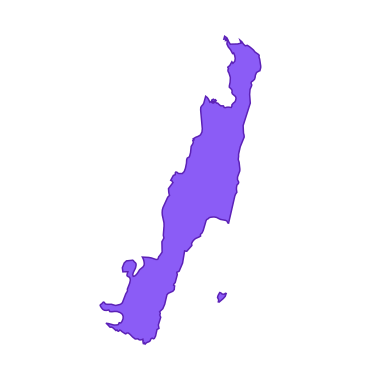 map outline of Kriti (Robinson projection), rotated 285°
{"feature_id": "GRC-2990", "entity_name": "Kriti", "entity_type": "Region", "adm_level": 1, "iso_a3": "GRC", "parent_name": "Greece", "parent_adm1": "", "projection": "robinson", "projection_center": [24.784, 35.251], "detail": "fine", "context": "isolated", "style": "filled", "palette": "violet", "viewbox_px": 384, "rotation_deg": 285, "n_neighbors": 0, "source": "natural_earth", "source_scale": "10m", "svg_char_len": 4932}
<svg xmlns="http://www.w3.org/2000/svg" viewBox="0 0 384 384"><g transform="rotate(285 192 192)"><path d="M350.9,183.2L350.0,185.7L348.3,187.3L346.4,188.8L344.7,190.7L346.8,197.8L348.6,200.9L351.0,199.2L350.0,201.3L348.1,203.5L347.0,205.6L348.0,207.5L347.2,210.0L346.1,212.5L345.0,214.7L343.7,216.3L343.2,217.5L342.0,220.8L341.4,221.5L340.1,221.7L339.0,222.2L338.0,222.9L331.4,225.8L329.8,226.2L326.7,226.2L326.5,225.8L324.8,224.0L324.0,223.4L321.3,223.0L319.0,223.3L317.0,223.2L314.9,221.9L313.9,221.0L313.0,220.8L312.0,221.1L311.1,221.9L310.2,222.1L306.1,221.5L301.2,222.4L292.9,225.3L269.4,224.2L262.2,226.5L260.5,227.5L258.6,228.2L248.3,226.9L240.6,227.2L238.4,227.8L235.6,228.2L234.6,228.7L232.9,229.8L226.5,232.3L224.7,232.7L218.3,232.1L215.8,232.7L215.1,233.2L214.1,234.2L213.4,234.6L212.2,234.6L211.4,234.2L210.8,233.8L209.9,233.6L207.9,233.8L206.2,234.2L203.3,235.4L201.5,234.7L199.3,234.4L171.4,235.4L171.4,234.6L172.9,233.4L173.3,231.8L172.9,226.6L173.2,225.0L173.8,222.4L173.7,220.4L173.4,219.1L172.7,217.2L171.9,215.6L171.0,214.9L170.4,214.6L169.8,213.9L169.1,213.3L167.9,213.0L157.8,212.8L155.1,212.3L153.4,211.2L152.7,211.2L151.7,211.7L150.4,210.5L148.0,207.5L146.5,206.4L144.4,205.4L142.2,204.9L140.3,205.7L133.4,202.3L133.2,200.9L133.2,200.1L120.9,201.3L112.3,200.1L111.8,199.7L111.3,199.1L110.8,198.4L110.7,198.2L110.0,198.2L109.4,198.6L108.9,199.0L108.4,199.2L100.2,199.2L98.3,198.3L97.2,198.3L96.7,199.6L96.3,199.5L93.2,200.1L91.2,199.2L88.0,195.3L86.2,194.4L76.5,194.7L71.7,194.0L67.9,191.7L67.0,192.5L66.3,192.8L65.7,192.8L64.9,192.6L62.9,194.2L54.9,193.9L51.7,195.4L50.1,193.8L43.4,194.1L40.8,193.5L40.2,192.7L40.5,191.5L40.0,190.7L39.2,190.3L37.6,190.1L36.9,189.8L36.0,188.9L35.3,187.8L34.4,186.9L33.0,186.1L33.8,185.2L33.4,185.1L33.1,185.1L33.0,184.9L33.0,184.2L34.6,183.4L35.3,183.2L36.2,183.2L36.3,182.8L36.3,182.5L36.4,182.4L36.9,182.4L36.2,181.4L35.7,180.3L35.6,179.2L36.2,177.7L35.3,175.2L36.6,172.1L38.4,169.1L39.3,167.0L39.1,166.1L38.6,165.2L38.0,164.7L37.8,164.7L37.9,163.8L39.1,160.3L39.8,159.1L39.9,158.0L38.5,157.1L38.5,156.3L39.1,155.6L39.3,155.3L39.1,155.0L38.5,154.4L40.3,150.9L40.7,149.3L40.2,147.8L42.5,144.1L43.0,142.8L43.3,145.5L43.3,151.1L44.0,153.4L44.6,154.8L45.1,155.2L46.0,155.3L46.9,155.5L47.0,156.0L46.9,156.7L47.1,157.1L48.1,157.6L49.1,157.9L51.8,158.2L54.0,157.7L55.8,156.4L56.9,154.0L57.2,150.7L56.6,148.1L55.6,145.6L55.2,143.6L56.5,142.2L55.4,139.8L55.1,137.9L55.6,136.1L56.9,134.3L58.5,132.7L59.5,132.7L60.6,133.7L62.7,134.8L62.7,135.8L61.5,137.2L61.5,138.9L62.7,143.2L62.6,146.7L62.7,147.8L65.0,152.0L67.0,153.4L76.5,154.4L79.7,155.3L81.4,154.7L87.8,155.4L90.6,155.3L91.8,154.9L92.8,154.3L93.5,153.4L93.8,152.0L94.3,150.9L95.5,150.6L98.4,150.7L97.0,145.9L100.8,144.3L105.9,144.9L108.5,146.5L110.8,152.4L110.4,153.4L109.9,153.8L109.0,155.6L108.5,156.3L107.4,156.8L106.3,157.0L103.9,157.1L99.4,156.2L96.9,156.1L95.3,157.1L95.9,158.3L97.8,159.6L99.9,160.5L103.3,161.5L107.0,164.1L108.9,164.7L110.9,164.3L112.9,163.4L114.8,162.2L116.3,160.9L117.6,167.2L117.8,169.8L117.5,174.6L117.8,175.8L118.6,176.5L120.9,176.6L122.0,177.2L126.2,178.7L136.2,175.8L140.3,176.8L142.7,175.5L151.9,173.8L155.0,172.9L162.0,169.3L164.4,168.5L166.9,168.0L169.4,168.0L180.7,169.9L183.0,171.2L184.1,170.4L186.0,169.5L189.2,168.4L196.2,171.2L196.9,170.3L197.3,170.0L197.6,169.6L197.8,168.4L203.2,169.7L204.4,171.3L206.4,170.9L207.1,171.2L207.2,172.1L207.0,172.8L206.6,173.5L206.4,174.4L207.3,177.8L209.8,179.2L213.2,179.5L218.4,179.2L221.7,178.5L223.4,178.6L223.8,178.9L224.4,179.5L225.1,180.2L226.2,180.4L229.6,180.4L235.9,179.4L238.7,180.3L240.4,180.4L242.1,179.4L242.9,180.4L243.7,179.4L245.8,181.4L247.4,183.6L249.3,185.4L252.5,186.1L255.7,185.6L273.5,179.1L275.9,178.6L277.2,178.9L279.6,180.1L281.3,180.4L288.0,180.4L287.2,182.3L285.9,183.9L283.3,186.1L284.1,186.9L283.5,188.2L283.3,189.3L283.8,190.1L284.9,190.7L284.8,188.4L285.4,187.3L286.3,187.5L287.2,188.8L286.6,189.7L286.6,190.2L287.2,190.7L286.5,191.7L286.0,191.3L285.6,191.1L285.0,191.5L284.2,192.6L284.5,193.8L283.6,195.3L282.7,197.3L283.3,200.1L282.0,201.2L282.1,202.4L282.9,203.7L283.4,205.2L283.8,208.0L285.0,208.3L286.6,208.0L288.5,208.9L290.0,210.0L291.4,210.4L293.9,210.3L295.4,209.4L297.3,205.6L298.6,204.7L299.6,204.7L300.2,204.5L301.3,203.7L302.7,201.3L302.9,200.9L304.2,200.6L307.9,200.4L312.1,199.5L312.9,199.2L316.5,196.9L317.5,195.9L318.3,195.4L319.4,195.1L320.2,195.3L320.8,195.2L321.4,194.4L322.2,194.4L323.8,195.7L328.1,196.8L326.9,198.2L329.3,199.5L332.2,199.2L334.9,197.9L337.0,196.3L336.4,196.0L336.4,195.9L336.2,195.4L339.3,192.5L341.5,189.5L344.0,187.4L347.9,186.9L347.0,185.2L348.2,185.2L348.6,185.2L348.4,184.7L348.1,183.7L347.9,183.2L350.9,183.2ZM102.1,245.8L101.4,247.0L101.3,248.4L101.7,249.7L102.8,250.4L102.8,251.3L99.8,251.1L97.2,249.8L92.7,246.7L92.7,245.8L94.0,245.8L95.1,245.4L95.9,244.7L96.6,244.0L98.0,243.9L99.4,244.1L102.1,244.8L102.1,245.8Z" fill="#8b5cf6" stroke="#5b21b6" stroke-width="1.5"/></g></svg>